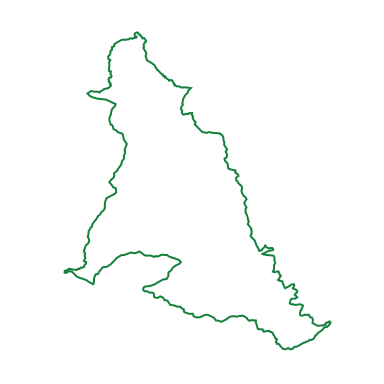 Huamalies, Huánuco, Peru (Robinson projection), rotated 267°
{"feature_id": "86281439B96398327811884", "entity_name": "Huamalies", "entity_type": "district", "adm_level": 2, "iso_a3": "PER", "parent_name": "Peru", "parent_adm1": "Huánuco", "projection": "robinson", "projection_center": [-76.611, -9.407], "detail": "fine", "context": "isolated", "style": "outline", "palette": "green", "viewbox_px": 384, "rotation_deg": 267, "n_neighbors": 0, "source": "geoboundaries", "source_scale": "gbopen_adm2", "svg_char_len": 5942}
<svg xmlns="http://www.w3.org/2000/svg" viewBox="0 0 384 384"><g transform="rotate(267 192 192)"><path d="M63.4,302.1L63.2,299.6L63.6,298.3L62.6,295.4L63.2,293.8L65.3,293.5L67.6,294.0L68.8,295.3L70.1,295.3L71.2,296.4L72.9,296.8L74.3,294.1L73.8,289.7L74.0,288.1L74.6,287.4L74.7,285.1L75.6,283.8L79.6,285.0L80.2,286.5L80.2,289.9L81.5,291.6L84.0,289.2L86.8,291.8L87.6,292.0L89.2,290.4L90.1,288.0L90.6,287.6L92.9,289.2L94.1,289.2L94.6,288.6L94.4,286.4L92.6,283.6L91.0,280.0L95.2,278.1L98.1,277.6L98.6,275.1L99.7,273.3L101.2,275.0L102.6,275.2L103.6,276.3L105.9,274.8L108.0,274.3L108.2,273.1L107.6,270.6L108.2,268.6L110.5,269.9L114.6,270.1L117.0,271.5L119.5,270.6L121.4,271.0L123.7,270.5L124.4,268.9L125.3,262.7L126.0,259.9L126.5,259.2L129.3,266.0L129.6,269.4L130.1,270.1L131.4,269.7L132.0,269.0L131.8,265.4L132.6,264.1L134.7,262.3L133.1,261.4L131.6,259.5L130.2,258.6L129.6,256.1L132.0,255.4L135.0,253.7L140.3,252.1L144.8,248.2L146.3,248.5L147.0,249.3L150.0,249.6L150.9,249.0L152.3,249.4L156.9,246.1L159.9,247.2L160.7,246.6L164.1,246.2L169.6,244.3L172.6,244.8L173.6,245.6L178.3,243.5L182.0,246.1L184.2,245.1L185.3,243.5L188.6,241.8L190.9,241.5L193.2,242.3L195.7,241.6L198.2,238.8L200.6,237.7L201.2,236.8L203.5,236.7L205.0,237.9L205.5,239.2L207.2,238.9L209.1,236.2L210.1,236.2L210.9,236.7L211.3,236.4L212.3,232.3L213.6,229.4L218.7,229.0L220.9,226.9L222.9,226.2L223.8,226.4L224.3,227.9L225.9,228.9L228.1,228.9L230.4,227.7L232.8,229.3L237.0,226.7L240.7,226.8L241.6,226.2L244.4,226.2L246.7,225.4L247.9,224.5L248.1,223.3L248.9,223.0L249.2,222.2L250.0,215.3L251.0,212.1L250.3,209.9L251.3,205.5L259.4,198.2L261.7,199.3L263.1,197.8L265.9,196.5L267.6,197.0L268.7,195.9L270.8,196.2L270.9,193.2L270.0,192.3L270.3,190.3L269.7,187.5L270.6,186.5L271.8,186.0L273.5,186.5L275.5,185.2L278.2,186.3L279.8,187.5L281.3,187.0L285.4,188.1L288.8,190.1L291.6,193.0L293.2,193.5L295.8,196.3L296.8,191.5L296.9,186.7L298.2,184.6L298.3,182.1L299.6,180.8L299.5,180.3L300.2,180.5L300.8,179.4L301.7,179.5L304.6,177.8L305.0,177.0L304.4,174.9L305.2,174.7L306.7,172.7L309.0,171.2L309.0,170.7L308.4,170.5L309.7,169.7L309.7,169.0L311.1,168.8L311.8,167.3L315.4,164.4L315.8,163.4L317.3,163.1L317.9,162.2L320.4,161.4L323.7,157.4L325.0,154.9L326.7,153.5L328.1,153.6L329.8,152.8L330.8,152.9L332.1,153.6L333.5,153.5L338.3,151.0L339.4,151.7L341.6,151.3L342.4,152.1L343.9,152.5L344.5,153.9L345.3,154.1L348.2,152.3L347.9,150.7L349.1,150.5L350.0,149.1L351.5,148.8L352.0,147.3L353.7,146.5L354.3,145.5L353.6,143.7L353.0,143.1L351.1,142.9L349.9,144.8L349.0,144.2L348.9,142.1L348.2,140.7L348.8,138.4L347.7,136.5L347.8,135.0L347.3,133.5L347.8,131.9L347.5,129.5L346.2,126.8L344.0,122.6L343.1,121.9L342.0,122.0L341.2,121.3L340.9,119.6L338.4,119.7L337.0,117.9L335.1,117.9L333.3,117.0L331.7,115.3L329.0,115.6L328.1,117.3L325.6,115.9L323.7,116.2L317.5,115.3L316.9,115.6L316.7,117.3L314.4,116.7L311.7,117.8L310.7,117.2L310.5,115.3L308.6,114.5L307.5,115.0L306.4,114.6L305.4,116.0L304.5,116.2L303.9,115.7L303.0,116.7L302.0,116.1L299.9,113.4L299.8,111.3L299.0,108.8L297.9,107.5L297.0,105.3L296.2,105.1L297.3,102.4L297.2,99.9L298.0,96.9L297.8,95.8L295.9,92.8L293.4,94.9L292.1,97.0L290.5,101.0L288.7,111.1L283.8,120.3L282.1,119.8L279.1,116.7L277.0,115.7L273.9,115.1L270.2,113.4L268.3,113.2L263.6,114.3L262.9,115.7L262.0,116.3L258.9,116.9L257.6,119.3L255.7,121.0L253.8,125.7L248.0,126.7L243.3,129.4L237.6,126.9L234.7,127.3L231.5,125.8L229.2,126.0L226.1,123.6L223.0,122.7L218.8,119.2L217.1,118.3L215.0,115.4L214.1,115.0L212.3,115.4L210.5,114.5L208.5,111.9L206.0,109.9L203.5,112.1L200.8,113.6L199.9,116.0L195.7,116.3L194.2,114.8L190.3,106.3L186.3,104.5L180.8,104.1L179.1,103.5L176.3,100.3L174.4,99.1L172.7,96.7L170.8,95.7L165.1,90.8L162.4,90.1L161.8,89.0L160.1,88.2L158.8,86.9L154.0,86.1L152.8,85.5L150.6,86.6L147.7,86.7L145.4,84.9L144.3,83.2L138.5,80.9L136.6,82.1L135.1,81.9L134.6,81.4L131.8,82.0L128.9,80.4L128.2,81.1L127.8,82.6L127.3,82.7L125.9,82.2L124.8,80.8L122.9,80.4L122.1,78.3L122.4,76.9L121.0,75.6L121.3,74.3L120.6,73.7L120.2,72.5L121.1,67.6L121.5,66.8L121.6,64.7L120.2,62.9L120.0,60.9L118.2,60.5L117.9,60.9L118.0,62.7L119.4,65.4L118.7,68.0L113.2,72.9L109.5,82.0L107.7,84.1L105.6,87.7L105.1,88.0L105.8,89.1L111.2,89.7L114.9,91.5L115.1,92.2L114.7,93.1L115.2,93.9L116.7,94.7L121.4,98.9L121.7,99.9L121.6,102.0L122.2,104.0L124.4,107.5L130.2,113.6L132.7,118.3L132.6,120.8L134.7,127.8L133.8,132.2L135.3,136.1L135.1,136.8L131.7,140.8L130.8,142.6L130.8,146.9L129.1,151.2L129.9,152.6L129.4,154.5L131.0,158.6L130.5,161.6L130.5,163.7L128.7,165.8L124.9,175.4L122.5,177.2L120.9,175.6L119.7,172.3L118.8,171.3L117.9,169.3L114.8,167.0L113.0,164.5L112.0,164.1L109.5,164.1L106.4,162.1L106.1,158.3L101.7,149.7L100.4,145.4L99.9,139.6L99.3,138.9L97.2,138.0L95.7,139.0L95.2,140.0L95.3,141.9L93.6,144.3L93.8,146.1L93.2,148.0L92.6,148.6L89.2,148.7L88.5,149.6L88.1,152.6L89.3,154.3L89.4,155.1L88.0,157.6L85.4,159.0L85.2,160.9L84.2,162.2L80.6,164.2L79.3,169.3L78.4,170.6L78.1,174.3L76.6,175.6L75.1,177.8L73.9,177.5L72.4,178.1L70.4,183.0L70.4,186.3L69.7,186.8L68.2,186.9L66.7,189.0L66.4,192.8L68.7,199.2L68.4,201.8L65.1,207.6L62.4,209.1L62.2,211.6L60.8,214.6L62.8,219.1L65.6,223.6L65.8,228.1L65.2,229.4L65.1,230.5L65.8,232.5L65.6,234.3L66.0,236.1L63.5,240.0L62.2,240.5L60.3,242.6L61.0,244.5L60.3,249.1L58.7,248.9L52.0,250.5L51.6,251.0L51.1,255.4L48.8,256.2L49.4,261.1L49.1,262.2L48.2,262.7L48.1,263.8L47.2,265.2L45.9,265.3L44.4,266.5L41.4,267.6L40.6,269.2L37.8,267.9L37.1,268.7L36.0,268.8L35.8,270.3L35.2,271.2L33.0,272.5L30.9,274.4L30.1,276.0L30.1,277.3L31.1,279.9L30.7,280.9L29.7,281.6L30.1,284.0L30.7,285.0L32.0,285.8L32.2,289.2L34.7,293.7L35.7,296.0L35.8,297.2L36.4,297.8L36.8,300.0L38.3,301.9L37.8,302.9L38.8,305.3L40.1,306.6L42.2,307.6L43.0,309.0L44.8,310.6L47.2,314.7L50.0,317.2L50.7,318.6L50.0,319.4L51.3,321.3L54.0,323.5L55.6,322.6L54.8,321.3L54.4,319.1L53.3,318.9L52.0,316.1L51.8,310.3L54.8,305.5L58.1,306.1L60.4,305.2L60.5,304.0L61.4,302.8L62.7,302.7L63.4,302.1Z" fill="none" stroke="#15803d" stroke-width="2"/></g></svg>